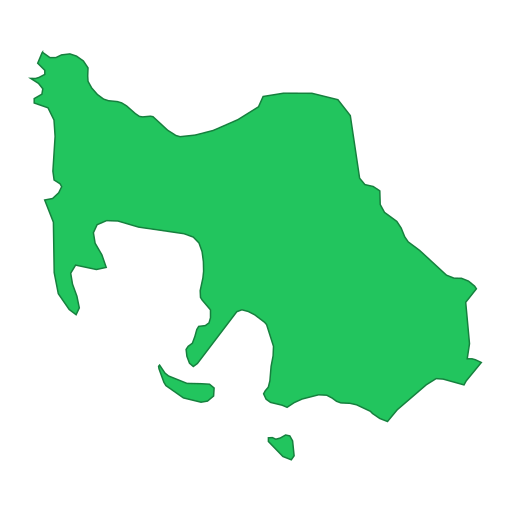 the Province of Batangas
{"feature_id": "PHL-2564", "entity_name": "Batangas", "entity_type": "Province", "adm_level": 1, "iso_a3": "PHL", "parent_name": "Philippines", "parent_adm1": "", "projection": "natural_earth1", "projection_center": [120.943, 13.875], "detail": "fine", "context": "isolated", "style": "filled", "palette": "green", "viewbox_px": 512, "rotation_deg": 0, "n_neighbors": 0, "source": "natural_earth", "source_scale": "10m", "svg_char_len": 2312}
<svg xmlns="http://www.w3.org/2000/svg" viewBox="0 0 512 512"><path d="M476.4,288.8L465.7,302.3L469.5,343.7L467.2,358.8L472.0,358.8L475.3,359.7L481.3,362.5L466.2,380.9L464.0,384.9L443.2,379.1L436.1,378.6L426.4,384.7L397.3,409.7L387.5,421.5L379.8,418.5L372.5,413.5L370.4,411.3L356.6,404.8L350.0,403.3L340.9,402.9L336.5,401.3L332.2,398.1L326.7,395.2L318.6,394.8L302.2,399.0L294.2,402.6L287.1,407.3L282.1,405.2L270.5,402.4L266.1,399.2L263.6,393.8L265.3,390.7L268.3,387.2L269.9,380.8L271.1,366.3L273.1,355.9L273.5,346.3L266.6,324.6L264.6,322.3L254.7,314.8L248.3,311.5L241.9,309.8L236.8,311.7L197.4,363.5L193.3,366.5L189.5,363.2L186.9,356.3L186.1,349.4L188.2,346.3L192.4,343.2L194.9,336.4L196.8,329.5L198.7,326.4L205.3,325.6L209.0,322.9L210.5,317.8L210.5,309.9L202.2,300.1L200.5,297.4L200.2,290.6L202.9,278.0L203.6,271.3L203.4,261.7L202.1,251.7L199.0,243.0L193.3,237.1L184.0,233.7L138.6,227.1L117.9,221.0L106.6,220.6L97.1,224.7L93.4,232.7L95.1,243.2L101.9,254.9L106.2,267.4L96.4,269.5L75.6,265.1L70.7,273.2L72.5,284.1L76.9,296.2L79.3,307.9L76.1,314.7L69.2,309.5L58.3,293.7L54.2,272.6L53.4,222.2L44.7,200.0L52.6,198.5L58.7,192.8L61.7,186.7L60.1,183.8L54.1,180.0L52.9,171.2L55.1,136.4L54.0,120.0L48.0,107.8L34.2,103.0L34.2,98.6L41.9,94.2L42.8,88.8L38.5,83.4L30.7,78.4L35.5,78.5L38.9,77.5L44.8,74.4L44.8,70.3L37.7,63.2L42.1,52.7L42.5,52.2L42.5,52.3L49.9,57.6L55.9,57.6L61.5,54.9L69.9,53.9L76.5,56.1L83.4,61.0L88.0,67.9L87.7,76.0L88.0,81.3L91.7,88.0L97.4,94.5L103.6,99.1L108.4,100.7L117.4,101.6L121.7,102.9L126.7,106.0L135.2,113.5L139.4,116.4L142.7,116.9L150.4,116.2L153.0,116.7L167.6,130.2L175.9,135.5L180.1,136.7L195.0,135.1L213.1,130.5L238.0,119.6L258.5,106.8L263.1,96.5L283.5,93.2L312.0,93.3L337.9,99.7L350.3,115.6L359.6,178.2L364.9,184.6L373.2,186.5L379.8,190.9L380.2,204.5L384.5,212.4L396.8,221.4L401.2,228.1L404.7,236.8L408.2,241.9L419.6,250.4L446.5,275.2L454.1,278.2L461.5,278.3L468.5,281.1L474.6,286.1L476.4,288.8ZM200.8,383.7L209.5,384.2L214.1,388.0L213.6,396.0L207.5,401.1L201.0,402.2L183.4,397.9L165.9,385.6L163.9,382.3L159.0,368.8L158.6,366.3L159.6,365.1L164.9,373.0L168.4,375.9L187.0,383.4L200.8,383.7ZM291.3,459.8L282.9,456.5L268.4,441.5L268.4,437.8L272.4,437.6L275.8,439.2L280.3,438.0L285.6,435.0L289.8,435.9L292.6,440.9L294.1,455.8L291.3,459.8Z" fill="#22c55e" stroke="#15803d" stroke-width="1.5"/></svg>